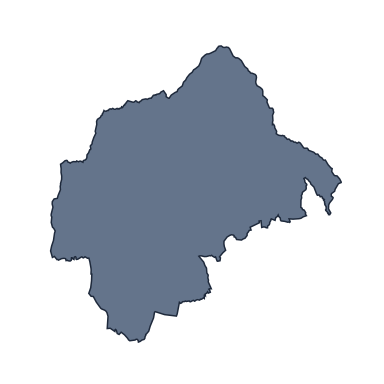 Vulcana-Bai, Dâmbovita, Romania (Robinson projection), rotated 81°
{"feature_id": "2599482B12480480579347", "entity_name": "Vulcana-Bai", "entity_type": "district", "adm_level": 2, "iso_a3": "ROU", "parent_name": "Romania", "parent_adm1": "Dâmbovita", "projection": "robinson", "projection_center": [25.367, 45.096], "detail": "fine", "context": "isolated", "style": "filled", "palette": "slate", "viewbox_px": 384, "rotation_deg": 81, "n_neighbors": 0, "source": "geoboundaries", "source_scale": "gbopen_adm2", "svg_char_len": 5942}
<svg xmlns="http://www.w3.org/2000/svg" viewBox="0 0 384 384"><g transform="rotate(81 192 192)"><path d="M234.8,340.1L234.1,338.0L237.7,335.9L237.6,335.1L238.4,334.5L237.4,331.2L237.5,328.8L237.9,327.7L238.1,327.3L240.1,327.1L239.9,325.9L240.4,325.4L241.0,323.8L241.1,323.0L240.6,322.0L238.1,321.3L238.2,320.7L239.5,320.1L240.2,319.1L238.2,318.6L237.8,318.2L237.7,317.2L238.4,316.8L240.0,317.1L240.6,316.5L240.4,315.0L238.8,311.2L238.9,310.8L240.0,309.9L240.1,309.4L239.2,307.8L241.1,305.6L241.2,304.2L244.9,303.8L251.3,303.7L253.3,303.8L257.2,304.6L257.4,303.8L264.0,305.1L270.7,307.0L276.0,309.8L279.2,308.0L279.8,305.8L285.9,303.7L292.4,300.4L293.2,299.8L295.1,296.7L296.1,295.7L297.7,294.9L301.7,294.4L313.6,297.1L313.8,294.1L317.7,290.0L316.1,289.6L315.8,289.0L316.9,288.3L320.1,288.0L321.3,286.3L319.4,283.9L322.5,281.0L326.4,278.5L328.1,277.8L329.2,276.7L329.3,271.3L328.8,270.5L328.8,269.4L330.1,268.4L331.8,268.4L331.4,266.5L330.4,264.6L330.1,262.4L329.2,261.5L327.3,260.9L326.5,260.1L325.4,260.0L325.2,259.4L322.7,256.5L318.0,254.3L310.4,249.7L305.1,247.9L304.4,247.1L308.8,238.3L312.1,226.8L310.1,225.7L299.0,221.7L300.2,220.7L299.8,219.4L299.0,218.7L298.8,218.0L299.1,217.1L298.7,215.5L299.2,214.9L299.2,211.8L300.0,211.3L300.2,210.6L299.3,208.1L299.3,207.3L300.2,206.7L300.2,206.3L299.3,204.6L299.2,203.4L300.0,201.3L299.2,200.5L299.4,199.3L298.3,197.1L299.0,196.5L295.7,195.9L295.6,195.6L296.4,195.0L294.8,194.9L294.2,193.3L293.0,192.3L294.4,191.7L293.9,189.6L291.8,189.9L290.6,190.6L290.3,189.8L290.6,188.1L283.3,190.0L281.6,189.5L279.3,189.8L276.6,189.0L274.3,190.0L269.4,189.6L266.5,190.8L263.1,191.4L256.5,195.3L256.3,194.5L256.5,192.8L257.7,190.0L258.0,187.8L257.6,184.4L258.0,183.5L257.6,182.5L258.6,181.7L260.1,179.9L259.8,178.9L264.1,178.0L264.4,177.5L264.3,175.1L261.5,174.2L260.4,175.0L256.9,171.1L254.8,167.9L250.9,168.6L248.2,168.6L245.6,168.1L241.9,164.3L240.7,161.3L240.4,159.6L241.2,157.6L241.8,157.2L242.8,157.5L243.6,156.1L245.9,155.4L247.2,150.6L246.3,148.6L246.0,146.9L243.6,144.4L241.5,144.0L240.2,142.5L238.9,141.5L238.8,139.6L235.9,140.1L232.9,130.2L231.2,130.3L231.2,128.3L237.9,128.7L237.7,126.6L238.2,125.1L238.9,124.4L239.2,123.0L237.4,122.6L236.7,121.2L235.5,120.2L234.4,120.1L232.3,118.5L231.2,118.3L231.0,117.8L233.0,114.4L230.4,113.3L229.5,111.5L228.2,110.5L229.7,110.2L231.5,108.9L233.5,109.0L234.5,108.5L235.5,105.0L236.8,102.2L236.8,100.9L237.3,100.4L236.8,99.7L233.7,100.3L234.6,96.5L235.1,90.5L235.0,88.5L233.9,86.0L233.3,82.7L231.4,83.5L230.4,82.9L227.7,83.9L227.1,84.4L227.2,84.7L226.6,85.6L225.2,85.8L224.2,86.9L216.8,85.6L215.0,84.6L212.5,84.5L211.5,83.6L209.6,83.0L207.5,79.2L206.3,78.6L203.9,78.4L203.0,77.5L202.2,77.5L201.2,78.3L199.4,79.0L198.2,78.8L196.1,79.4L195.5,77.7L196.7,77.1L197.6,75.7L199.2,75.0L201.0,73.6L202.7,73.4L206.2,70.8L213.2,69.3L214.8,68.7L214.9,66.8L216.8,66.1L216.7,64.6L217.8,64.0L218.4,64.2L220.0,62.6L220.4,63.4L222.2,62.5L223.6,62.8L224.6,62.5L225.2,62.8L227.5,61.8L230.3,62.3L230.5,62.8L231.1,62.8L233.0,61.4L234.1,61.3L234.3,60.6L235.7,60.7L236.0,59.6L234.4,58.2L230.0,59.8L226.1,59.0L224.2,57.7L221.3,54.5L219.8,53.5L218.8,54.0L218.2,55.0L215.9,54.8L215.4,54.5L213.6,51.0L211.7,50.2L206.7,46.1L206.0,43.2L205.4,43.1L202.2,44.1L198.8,46.2L198.2,48.4L197.3,49.2L193.6,50.8L190.8,49.9L190.0,51.0L186.4,53.3L181.3,55.3L181.3,56.4L180.8,57.3L178.5,58.4L177.6,59.8L176.2,60.9L174.4,61.7L174.1,62.3L174.0,63.8L171.8,65.5L169.0,70.4L168.0,70.5L166.7,71.4L166.4,74.0L165.7,74.9L160.7,77.3L159.9,78.2L159.5,78.8L160.2,80.2L160.0,80.9L158.9,82.1L158.8,83.4L157.5,84.5L157.1,85.6L157.3,86.2L155.1,87.7L154.8,88.4L155.0,89.2L154.5,90.0L153.6,90.3L152.4,91.6L151.1,91.9L150.9,92.8L150.3,93.5L150.4,94.8L149.5,97.6L147.6,99.7L145.3,98.9L141.6,100.2L139.8,100.1L137.9,100.8L138.1,102.0L135.2,101.4L134.1,100.9L128.8,100.4L126.1,98.8L123.8,99.0L123.5,98.8L121.9,99.4L121.3,102.2L121.0,102.4L114.9,103.9L112.7,103.2L109.4,105.5L107.9,107.0L103.5,106.3L101.7,106.5L99.6,108.1L97.2,111.1L94.7,111.9L93.0,111.8L89.0,110.4L87.2,110.4L85.8,111.2L84.2,113.8L83.6,115.6L82.2,116.2L81.1,117.4L79.1,117.8L76.3,120.3L70.0,122.7L67.3,125.0L66.6,126.2L66.3,128.0L64.1,130.1L56.6,132.4L55.0,133.4L54.2,135.4L54.4,136.9L54.0,138.6L52.3,140.3L52.2,142.4L52.4,143.2L53.3,143.7L53.8,144.6L56.1,146.6L57.8,152.0L58.2,153.7L58.0,155.7L58.7,157.5L61.0,161.0L61.9,161.8L65.5,163.5L68.6,165.6L70.7,169.2L71.6,171.3L73.8,173.1L75.3,176.0L78.2,179.1L80.5,180.8L82.2,183.2L85.7,185.0L88.0,189.2L89.0,190.2L90.5,190.9L91.0,193.0L93.0,197.3L95.8,199.9L95.7,200.5L93.9,202.6L91.7,202.3L87.5,204.3L88.5,207.2L89.8,208.5L90.0,211.7L90.6,212.5L90.2,213.1L90.5,213.8L90.4,215.0L93.0,217.6L92.8,218.0L92.9,220.0L93.5,221.8L93.0,222.5L92.8,223.4L93.0,226.7L94.3,228.5L94.4,229.2L95.5,230.3L94.7,231.3L94.8,231.7L94.4,232.2L93.6,232.5L93.1,233.4L94.0,234.9L94.2,236.0L91.8,241.1L93.4,243.0L94.3,243.6L94.9,244.7L95.7,245.0L95.7,245.7L97.7,247.4L96.9,248.2L97.8,248.6L98.1,250.4L98.5,250.7L98.2,251.3L98.5,251.6L98.3,252.5L97.7,252.9L98.3,254.9L98.1,255.9L97.0,257.2L97.6,258.7L97.2,259.3L97.1,260.2L97.5,261.1L98.4,261.8L98.2,262.6L98.8,264.2L98.3,265.9L97.8,266.2L100.0,267.5L100.5,268.2L101.8,268.5L102.2,269.6L104.0,270.9L105.4,274.0L107.3,275.2L110.4,275.5L116.9,278.1L119.0,277.8L122.7,280.4L127.2,282.8L128.7,283.1L130.7,285.3L133.5,285.2L134.1,285.5L134.3,286.4L137.1,288.0L138.9,289.9L141.7,290.5L143.0,291.4L143.6,292.3L144.0,294.4L145.6,295.1L144.1,297.1L144.0,298.2L144.4,299.3L143.3,301.1L144.0,301.7L143.4,304.5L143.9,306.8L144.5,307.7L143.4,308.9L143.2,309.7L141.4,310.4L141.1,311.1L141.3,312.6L143.0,315.2L144.0,317.5L148.5,317.6L152.3,318.3L155.8,318.2L159.2,318.8L163.3,320.6L164.1,320.6L165.8,321.3L169.2,321.6L174.5,324.8L177.2,326.0L177.3,329.3L179.7,331.5L182.0,332.0L185.2,331.7L192.0,334.6L193.5,334.8L194.7,334.4L200.1,335.8L204.9,335.3L206.2,334.3L209.1,333.2L211.1,334.2L218.2,336.4L223.4,339.1L228.1,340.9L234.8,340.1Z" fill="#64748b" stroke="#1e293b" stroke-width="1.5"/></g></svg>